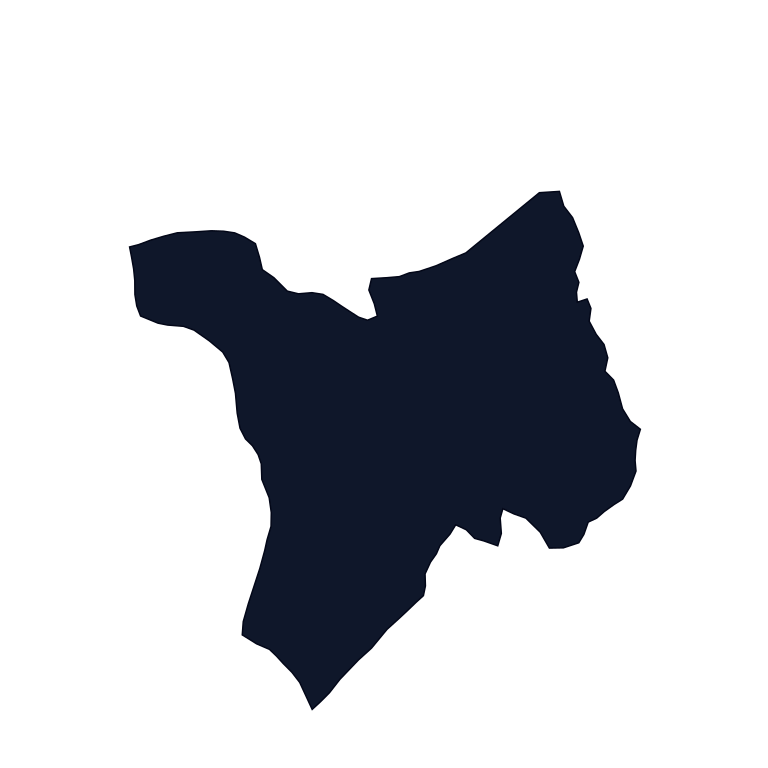 São José, Santa Catarina, Brazil, rotated 150°
{"feature_id": "56859067B94566880150120", "entity_name": "São José", "entity_type": "district", "adm_level": 2, "iso_a3": "BRA", "parent_name": "Brazil", "parent_adm1": "Santa Catarina", "projection": "natural_earth1", "projection_center": [-48.654, -27.59], "detail": "fine", "context": "isolated", "style": "filled", "palette": "ink", "viewbox_px": 768, "rotation_deg": 150, "n_neighbors": 0, "source": "geoboundaries", "source_scale": "gbopen_adm2", "svg_char_len": 1815}
<svg xmlns="http://www.w3.org/2000/svg" viewBox="0 0 768 768"><g transform="rotate(150 384 384)"><path d="M185.5,259.3L183.2,272.6L186.3,284.6L177.1,294.8L173.7,308.2L175.4,320.9L174.9,335.8L167.0,346.0L165.6,356.1L175.7,358.2L171.4,367.3L164.4,374.6L162.7,386.0L152.4,394.3L142.5,403.8L139.7,417.7L137.5,433.8L139.4,448.1L135.8,463.1L153.8,472.0L247.6,456.6L260.8,458.3L280.0,460.4L297.3,463.9L306.6,467.6L317.0,469.3L328.5,474.7L342.1,481.5L350.1,473.0L352.3,458.3L355.8,446.1L366.4,447.5L372.6,454.6L377.4,463.9L381.7,472.4L386.1,481.5L392.0,492.1L400.7,499.1L413.0,504.9L421.3,512.8L426.2,531.1L432.2,543.9L428.5,555.9L425.2,569.8L431.4,581.0L437.7,589.5L446.5,596.5L456.9,603.0L471.5,610.2L487.4,618.3L500.5,622.0L513.8,625.2L526.9,627.4L535.8,629.9L539.2,620.0L543.3,608.8L548.1,598.2L555.0,586.0L559.1,575.2L560.8,564.6L549.3,549.7L542.0,543.3L528.8,534.2L521.6,525.7L513.7,508.7L507.7,492.3L507.5,480.1L512.5,464.1L517.3,450.2L525.7,432.2L530.8,417.7L531.4,405.7L528.8,396.3L528.3,385.8L530.2,376.2L537.5,362.5L540.3,342.9L545.9,329.0L553.0,317.2L563.1,307.6L570.5,299.5L583.8,286.3L611.5,261.4L624.7,248.6L632.2,237.6L624.2,222.6L615.9,211.5L613.2,202.3L611.0,192.2L607.9,180.4L606.2,167.7L608.9,138.1L597.8,140.6L585.6,143.9L569.8,150.3L544.1,157.8L526.9,161.5L504.1,170.0L487.0,173.7L476.3,176.2L465.4,178.9L455.7,181.0L449.1,188.4L443.4,199.0L432.8,206.5L423.5,210.8L416.5,216.0L401.9,221.0L392.3,226.2L385.6,216.6L382.7,205.0L376.0,198.2L366.4,187.0L357.1,195.9L350.4,209.8L343.4,216.6L336.4,206.5L328.2,196.9L322.8,177.5L322.8,159.2L310.5,152.4L294.7,149.1L286.1,153.8L276.2,162.3L266.8,161.5L257.1,163.4L245.0,164.6L234.9,165.0L221.5,172.5L209.3,182.6L204.8,192.2L199.2,200.7L193.0,208.8L184.6,216.6L189.4,228.4L189.8,243.2L185.5,259.3Z" fill="#0f172a" stroke="#020617" stroke-width="1.5"/></g></svg>